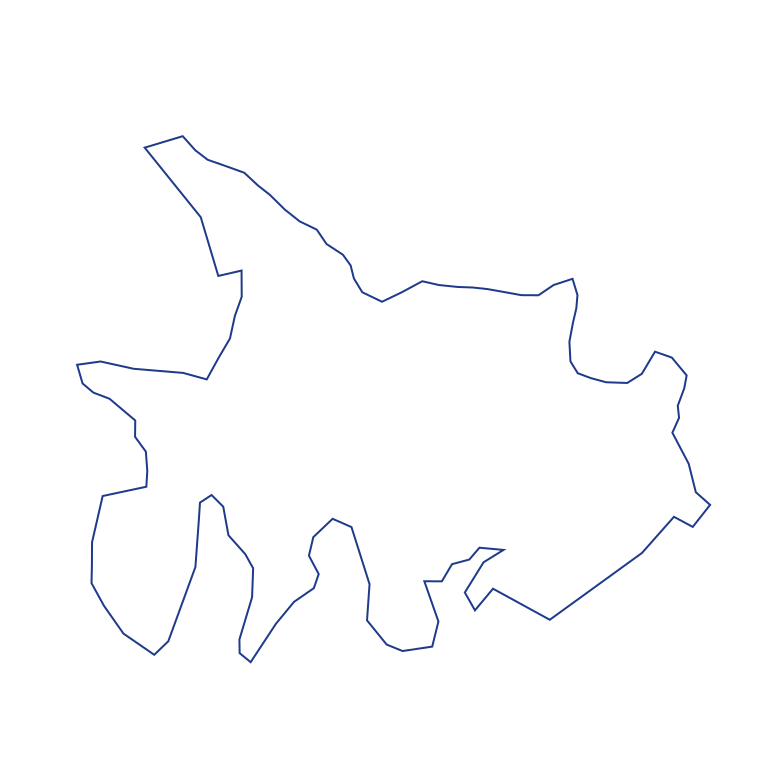 the district of Rodeio Bonito, Rio Grande do Sul, Brazil, rotated 84°
{"feature_id": "56859067B52959959308117", "entity_name": "Rodeio Bonito", "entity_type": "district", "adm_level": 2, "iso_a3": "BRA", "parent_name": "Brazil", "parent_adm1": "Rio Grande do Sul", "projection": "natural_earth1", "projection_center": [-53.173, -27.461], "detail": "fine", "context": "isolated", "style": "outline", "palette": "blue", "viewbox_px": 768, "rotation_deg": 84, "n_neighbors": 0, "source": "geoboundaries", "source_scale": "gbopen_adm2", "svg_char_len": 1560}
<svg xmlns="http://www.w3.org/2000/svg" viewBox="0 0 768 768"><g transform="rotate(84 384 384)"><path d="M380.2,111.1L400.8,126.5L408.4,142.0L405.5,162.8L399.8,177.6L393.5,190.2L381.0,196.2L361.4,195.2L342.6,189.6L328.8,184.8L315.8,182.3L299.1,185.5L303.3,205.0L311.9,221.1L310.0,238.1L305.3,254.2L300.4,271.2L297.3,285.7L295.2,300.5L291.3,319.1L285.8,335.2L294.7,356.9L302.0,377.4L290.5,396.0L275.9,402.9L262.6,404.8L251.1,411.4L238.8,426.5L223.5,434.7L213.5,450.8L200.2,464.4L184.1,477.6L173.4,488.6L159.3,500.9L149.4,521.4L142.6,535.9L131.9,547.2L116.5,558.3L123.9,597.3L199.0,548.8L259.2,537.5L256.3,513.8L282.4,516.4L300.7,525.2L322.6,532.4L340.6,545.7L360.9,559.8L352.0,582.5L342.7,631.4L332.0,663.5L332.8,687.2L352.0,683.7L362.2,673.9L370.0,658.5L394.3,635.2L410.5,637.1L426.4,627.9L445.9,628.5L461.3,631.1L466.0,675.5L510.9,690.9L534.3,693.5L551.5,695.7L575.5,685.6L605.0,669.2L629.3,640.8L617.3,625.4L546.3,590.7L500.7,582.5L482.7,579.4L476.4,567.1L489.2,556.7L518.2,554.5L538.8,539.7L553.6,533.4L582.3,537.5L623.0,554.5L636.6,555.7L646.7,545.7L611.0,516.4L591.2,496.2L579.7,475.1L566.2,468.8L546.9,476.6L528.9,470.3L512.7,449.2L522.9,431.3L581.6,419.3L617.3,425.6L643.4,408.6L651.5,393.5L650.2,363.5L625.9,354.7L584.4,364.5L586.3,347.1L570.3,335.2L567.5,317.5L556.8,306.2L561.5,282.5L571.7,303.6L599.8,325.4L618.6,317.2L599.0,297.0L635.8,243.8L579.0,145.1L546.4,109.5L558.4,91.9L538.3,72.3L524.2,85.2L495.2,89.3L462.6,102.3L448.5,94.1L436.3,94.1L419.8,85.9L407.1,82.1L387.8,95.0L380.2,111.1Z" fill="none" stroke="#1e3a8a" stroke-width="2"/></g></svg>